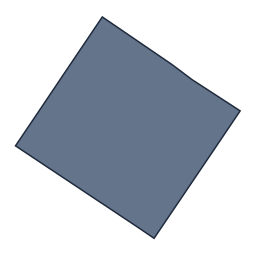 Labette, Kansas, United States of America (Albers equal-area conic projection), rotated 124°
{"feature_id": "52423323B87477610748879", "entity_name": "Labette", "entity_type": "district", "adm_level": 2, "iso_a3": "USA", "parent_name": "United States of America", "parent_adm1": "Kansas", "projection": "albers", "projection_center": [-95.282, 37.192], "detail": "fine", "context": "isolated", "style": "filled", "palette": "slate", "viewbox_px": 256, "rotation_deg": 124, "n_neighbors": 0, "source": "geoboundaries", "source_scale": "gbopen_adm2", "svg_char_len": 422}
<svg xmlns="http://www.w3.org/2000/svg" viewBox="0 0 256 256"><g transform="rotate(124 128 128)"><path d="M51.1,44.6L52.1,101.8L50.8,127.0L50.3,211.4L54.0,211.4L90.0,211.4L116.5,211.4L117.5,211.4L119.5,211.4L163.5,211.3L169.8,211.3L176.1,211.3L177.4,211.3L188.9,211.3L205.7,211.3L205.6,190.3L205.4,158.8L204.8,63.7L204.9,44.7L200.3,44.7L100.0,44.6L51.1,44.6Z" fill="#64748b" stroke="#1e293b" stroke-width="1.5"/></g></svg>